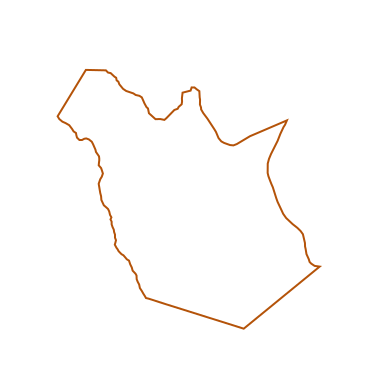 outline of Coelho Neto, Maranhão, Brazil, rotated 345°
{"feature_id": "56859067B80380733340566", "entity_name": "Coelho Neto", "entity_type": "district", "adm_level": 2, "iso_a3": "BRA", "parent_name": "Brazil", "parent_adm1": "Maranhão", "projection": "mercator", "projection_center": [-43.134, -4.232], "detail": "fine", "context": "isolated", "style": "outline", "palette": "amber", "viewbox_px": 384, "rotation_deg": 345, "n_neighbors": 0, "source": "geoboundaries", "source_scale": "gbopen_adm2", "svg_char_len": 2067}
<svg xmlns="http://www.w3.org/2000/svg" viewBox="0 0 384 384"><g transform="rotate(345 192 192)"><path d="M120.1,282.5L122.5,283.8L137.2,293.3L176.1,318.0L206.6,337.4L296.0,297.1L291.3,295.1L288.6,292.0L287.5,290.0L287.4,287.1L286.5,281.6L287.0,276.6L287.1,273.9L287.9,270.5L288.2,261.5L286.8,257.8L284.5,253.9L280.9,249.1L276.2,241.5L274.4,236.6L273.9,233.6L272.1,223.6L271.8,219.9L271.7,217.7L271.3,208.4L270.8,205.2L270.4,201.7L269.9,196.5L270.0,193.2L272.5,184.2L274.9,180.0L278.2,175.7L287.9,164.8L292.4,158.7L297.2,153.0L299.3,151.1L302.2,147.4L269.6,152.1L262.5,153.1L247.7,157.3L244.1,157.7L240.9,156.5L235.7,152.9L233.4,150.7L231.6,146.8L230.7,140.2L229.9,137.4L225.9,125.2L223.3,118.7L222.2,114.6L222.6,112.7L222.3,109.6L223.7,104.8L223.9,102.6L225.2,96.5L223.1,94.0L221.5,91.7L218.7,90.9L216.9,93.7L208.6,93.6L206.5,98.9L205.8,102.1L204.7,104.6L201.2,106.3L199.7,107.9L196.2,108.2L186.3,114.1L184.0,115.2L182.2,114.3L180.2,113.3L175.6,112.2L170.8,104.8L171.1,99.9L170.0,98.2L169.0,94.0L168.5,90.6L168.0,87.6L166.1,85.5L162.7,83.7L160.9,81.6L154.6,77.4L152.1,74.5L149.7,69.2L149.4,66.3L148.1,64.7L148.3,62.0L147.0,60.6L144.2,56.1L141.8,54.9L140.3,52.2L121.1,46.6L81.8,84.1L82.7,87.2L85.0,90.5L87.7,92.7L90.7,95.7L92.5,100.1L93.3,102.8L95.2,105.0L95.0,107.1L95.0,109.7L96.7,112.6L99.3,113.3L101.7,112.7L103.7,112.9L106.0,114.5L108.2,117.5L108.8,120.2L109.7,126.2L109.6,128.4L111.4,133.5L111.1,135.6L110.6,137.5L109.8,139.4L108.8,142.1L110.4,145.4L110.6,148.4L110.7,151.1L108.8,153.9L106.7,155.9L104.0,159.9L103.1,169.3L103.1,172.5L102.4,176.2L103.4,182.0L105.3,184.8L106.5,186.7L107.0,189.3L106.9,192.9L107.6,195.6L106.2,197.4L106.7,199.8L106.0,202.5L106.2,205.4L106.7,208.1L106.4,210.5L106.6,213.2L105.8,216.2L106.1,218.9L105.0,220.9L103.8,222.9L104.6,226.3L105.3,228.1L105.8,230.2L107.8,233.8L109.4,235.4L110.7,238.1L111.6,240.1L113.4,242.0L113.6,245.8L114.3,249.3L114.3,252.6L116.3,256.3L116.8,258.3L116.0,261.9L116.3,264.6L117.0,267.7L116.8,271.3L117.9,274.6L118.7,277.7L119.5,280.2L120.1,282.5Z" fill="none" stroke="#b45309" stroke-width="2"/></g></svg>